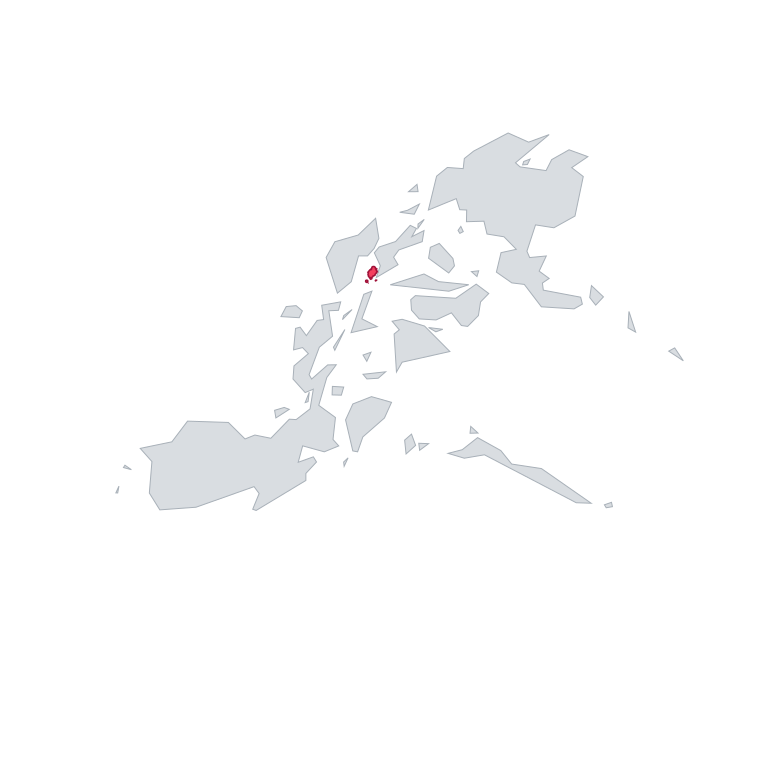 Biliran, Biliran, Philippines shown in context, rotated 250°
{"feature_id": "2640588B24635602844812", "entity_name": "Biliran", "entity_type": "district", "adm_level": 2, "iso_a3": "PHL", "parent_name": "Philippines", "parent_adm1": "Biliran", "projection": "albers", "projection_center": [124.427, 11.639], "detail": "fine", "context": "in_parent", "style": "filled", "palette": "rose", "viewbox_px": 768, "rotation_deg": 250, "n_neighbors": 0, "source": "geoboundaries", "source_scale": "gbopen_adm2", "svg_char_len": 6803}
<svg xmlns="http://www.w3.org/2000/svg" viewBox="0 0 768 768"><g transform="rotate(250 384 384)"><path d="M361.8,126.2L390.5,139.4L406.9,132.9L402.2,164.9L416.3,186.7L401.1,224.6L379.9,234.6L380.2,245.2L371.7,259.1L383.3,283.0L380.6,289.3L385.9,306.0L403.3,315.8L402.9,307.0L419.8,300.2L431.8,305.6L438.4,323.3L446.1,319.9L447.0,310.7L466.5,319.9L466.1,324.6L456.0,327.6L466.6,342.9L465.2,349.3L479.3,352.4L476.0,371.4L468.8,366.4L471.7,357.2L446.5,352.0L440.7,335.8L418.4,316.8L413.4,317.7L421.2,337.6L418.4,345.7L409.7,332.5L386.3,315.4L369.1,326.9L349.3,317.1L341.3,320.3L340.7,304.7L353.7,286.4L339.8,276.6L339.7,292.7L333.8,293.9L326.7,280.0L320.1,277.6L308.9,220.6L311.2,217.8L323.8,229.2L332.0,226.8L332.5,165.2L342.4,130.3L361.8,126.2ZM532.3,485.2L561.3,504.5L565.8,517.6L559.3,532.1L568.4,536.6L572.2,547.9L577.4,586.5L561.8,602.6L561.9,624.5L546.9,583.2L541.5,586.1L529.1,609.3L537.5,618.3L540.8,638.0L527.9,653.3L523.1,634.4L510.8,642.2L476.5,620.9L472.7,597.1L481.7,580.8L459.9,563.7L453.0,564.1L448.8,580.3L437.0,568.4L426.7,575.3L424.7,567.4L417.7,565.8L398.3,598.5L391.2,597.7L389.6,588.3L402.7,558.3L429.6,549.9L435.3,538.7L450.7,527.9L467.4,538.9L465.3,554.4L481.3,547.1L489.7,532.1L502.8,533.6L508.3,517.0L519.2,521.2L521.9,514.8L533.5,515.3L532.3,485.2ZM446.3,504.8L433.2,513.4L428.1,502.8L416.0,496.1L409.5,482.3L412.5,476.7L427.8,471.7L426.4,454.8L433.1,439.4L444.0,435.1L454.1,438.0L456.3,443.7L440.0,480.8L446.3,504.8ZM522.7,372.9L534.5,386.5L532.8,410.7L542.6,432.8L522.6,429.0L514.7,421.0L510.0,412.3L513.1,403.9L491.3,388.2L485.3,371.3L522.7,372.9ZM391.0,399.8L427.5,410.6L429.7,416.9L440.2,413.1L438.6,423.2L424.6,441.9L392.0,457.0L398.3,408.5L391.0,399.8ZM250.7,503.0L201.1,537.9L206.7,524.0L283.1,454.2L286.8,434.1L296.9,420.5L295.5,435.1L301.6,453.6L281.5,471.0L265.1,476.6L250.7,503.0ZM331.8,331.8L363.4,335.6L375.9,347.9L376.4,367.9L364.2,384.8L351.9,372.8L341.5,346.0L329.3,336.0L331.8,331.8ZM496.4,421.0L510.6,419.8L514.4,426.3L513.9,443.6L524.1,462.9L519.1,467.7L512.9,460.5L514.5,474.1L504.7,468.6L504.9,443.8L499.9,436.4L491.3,438.0L486.7,413.2L496.4,421.0ZM448.3,497.6L449.0,476.7L475.1,423.8L473.7,459.2L461.6,470.2L448.3,497.6ZM497.2,484.0L478.4,491.7L470.9,490.6L466.2,482.8L486.9,468.9L496.6,474.3L497.2,484.0ZM443.5,370.6L475.2,395.7L475.4,404.4L452.8,385.5L440.2,397.3L443.5,370.6ZM487.7,328.2L480.6,332.3L475.3,327.0L482.6,310.2L490.2,318.6L487.7,328.2ZM405.5,612.6L390.8,620.0L385.7,609.9L394.9,606.9L405.5,612.6ZM310.7,380.8L324.2,384.2L327.5,392.7L315.5,392.7L310.7,380.8ZM391.5,331.5L399.4,334.7L394.9,345.1L388.1,340.1L391.5,331.5ZM353.3,632.5L368.4,639.0L346.7,638.2L353.3,632.5ZM541.0,478.8L533.2,470.5L540.0,457.5L539.2,465.4L541.0,478.8ZM400.3,367.6L394.9,389.7L391.4,380.5L394.6,369.7L400.3,367.6ZM317.5,662.8L318.5,669.5L303.4,673.2L317.5,662.8ZM396.7,272.2L396.1,282.2L392.6,286.3L389.1,270.8L396.7,272.2ZM421.8,445.2L415.3,458.0L415.3,450.6L421.8,445.2ZM316.4,396.4L312.7,405.5L309.5,394.8L316.4,396.4ZM497.8,415.0L492.8,415.2L487.9,407.9L493.9,407.1L497.8,415.0ZM418.4,374.2L418.3,382.6L411.2,375.6L418.4,374.2ZM560.3,483.3L553.1,481.8L556.3,472.8L560.3,483.3ZM435.9,349.1L448.6,365.9L432.5,349.3L435.9,349.1ZM314.5,451.0L305.8,455.5L308.3,448.0L314.5,451.0ZM459.7,504.6L458.0,511.7L453.2,508.1L459.7,504.6ZM462.1,369.6L464.9,379.5L458.7,367.0L462.1,369.6ZM195.0,557.3L190.6,556.7L191.7,550.5L195.1,549.8L195.0,557.3ZM505.8,510.1L500.1,510.6L499.6,506.8L503.0,506.1L505.8,510.1ZM545.4,598.2L541.2,593.8L542.5,589.2L545.3,591.4L545.4,598.2ZM324.5,319.4L326.9,325.0L320.3,318.4L324.5,319.4ZM522.7,470.7L524.9,478.1L518.7,469.1L522.7,470.7ZM396.3,112.8L389.9,117.3L394.6,110.6L396.3,112.8ZM401.9,311.0L393.4,306.6L393.5,303.6L401.9,311.0ZM373.4,94.8L378.7,100.0L372.7,96.5L373.4,94.8Z" fill="#d9dde1" stroke="#a8b0b8" stroke-width="1"/><path d="M493.2,415.9L493.3,415.8L493.5,415.8L493.6,415.7L493.5,415.4L493.6,415.5L493.5,415.4L493.6,415.5L493.8,415.5L493.9,415.8L494.0,415.9L494.0,415.7L494.3,415.6L494.6,415.6L494.8,415.7L495.0,415.7L495.3,415.6L495.2,415.5L495.4,415.6L495.4,415.8L495.5,415.7L495.4,415.7L495.5,415.5L495.9,415.7L496.4,415.8L496.6,415.7L496.8,415.6L497.0,415.5L497.1,415.4L497.3,415.2L497.5,415.1L497.7,414.9L498.1,414.2L498.1,413.6L498.2,413.4L498.1,413.1L498.1,412.9L497.9,412.7L497.7,412.6L497.6,412.4L497.3,412.3L497.2,412.2L496.9,412.0L497.0,412.0L496.9,412.0L496.8,411.9L496.7,411.8L496.7,411.5L496.6,411.3L496.5,411.1L496.5,410.9L496.2,410.7L496.0,410.4L496.0,410.1L496.1,409.9L496.0,409.7L495.9,409.5L495.9,409.4L495.7,409.1L495.5,408.8L495.5,408.7L495.4,408.6L495.2,408.4L495.1,408.2L495.0,407.9L494.9,407.9L494.9,407.7L495.0,407.8L494.9,407.6L494.7,407.4L494.3,407.3L494.1,407.3L493.9,407.3L493.9,407.2L493.7,407.2L493.3,406.9L493.2,406.9L492.6,406.7L492.4,406.4L492.1,406.3L491.7,406.3L491.1,406.4L491.0,406.5L490.8,406.4L490.6,406.2L490.2,406.3L489.7,406.5L489.4,406.6L489.2,406.7L488.9,406.7L488.7,406.8L488.4,406.8L488.2,407.0L488.0,407.3L487.9,407.3L487.9,407.2L487.9,407.3L487.7,407.3L487.4,407.5L487.4,407.4L487.2,407.4L487.1,407.5L487.0,407.4L486.9,407.5L487.0,407.8L487.3,407.9L487.7,408.0L487.8,408.0L487.9,408.3L488.0,408.3L487.9,408.4L488.0,408.4L488.0,408.6L487.8,408.7L487.8,408.8L487.9,409.0L488.0,409.1L488.3,409.2L488.4,409.3L488.5,409.4L488.5,409.5L488.6,409.8L488.7,410.1L488.7,410.3L488.8,410.4L489.0,410.5L489.3,410.7L489.3,411.0L489.2,411.2L489.1,411.4L489.1,411.6L489.1,411.8L489.2,412.0L489.2,412.3L489.3,412.3L489.4,412.6L489.5,412.7L489.6,412.9L489.6,413.0L489.9,413.1L490.0,413.1L490.2,413.3L490.4,413.6L490.4,413.8L490.4,414.0L490.5,414.1L490.6,414.3L490.7,414.5L490.8,414.5L491.1,414.7L491.2,414.8L491.1,415.0L491.3,415.2L491.3,415.3L491.5,415.4L491.6,415.5L491.8,415.6L492.0,415.6L492.0,415.8L491.9,415.8L492.0,415.9L492.0,416.0L492.3,416.0L492.5,416.1L492.4,416.1L492.5,416.0L492.8,416.1L493.0,416.1L493.1,415.9L493.2,415.9ZM486.2,401.8L485.9,402.0L485.7,402.2L485.4,402.5L485.2,402.8L485.2,403.0L485.3,403.1L485.4,403.3L485.5,403.3L485.6,403.6L485.8,403.7L485.9,403.8L486.0,403.8L486.1,404.0L486.4,404.1L486.5,404.1L486.7,403.9L486.8,403.9L487.0,403.9L487.4,403.6L487.5,403.4L487.5,403.0L487.5,402.9L487.5,402.5L487.5,402.4L487.5,402.2L487.3,402.1L487.2,402.1L486.9,401.9L486.6,401.8L486.4,401.9L486.2,401.8ZM484.1,411.3L483.8,411.3L483.7,411.4L483.7,411.5L483.9,411.7L483.9,411.8L483.9,412.0L484.0,412.3L484.1,412.5L484.2,412.4L484.3,412.3L484.4,412.1L484.5,412.0L484.3,411.5L484.2,411.3L484.1,411.3ZM488.0,406.9L487.9,406.8L488.0,407.0L488.0,406.9ZM486.8,407.7L486.6,407.5L486.8,407.7ZM487.9,409.8L488.0,409.8L487.9,409.8L487.9,409.8ZM487.3,409.4L487.2,409.3L487.3,409.4L487.3,409.5L487.3,409.4ZM484.2,403.8L484.1,404.0L484.1,403.9L484.2,403.8ZM486.9,406.1L487.0,406.2L486.9,406.1ZM484.3,403.7L484.2,403.7L484.3,403.7Z" fill="#f43f5e" stroke="#9f1239" stroke-width="1.5"/></g></svg>